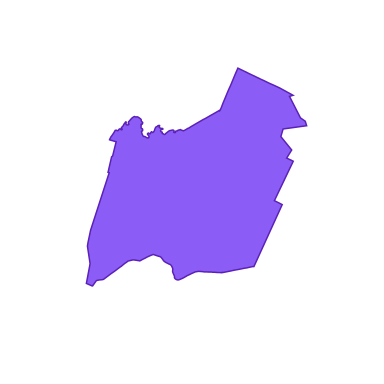 Purani, Teleorman, Romania (orthographic projection), rotated 139°
{"feature_id": "2599482B66350034268187", "entity_name": "Purani", "entity_type": "district", "adm_level": 2, "iso_a3": "ROU", "parent_name": "Romania", "parent_adm1": "Teleorman", "projection": "orthographic", "projection_center": [25.428, 44.372], "detail": "fine", "context": "isolated", "style": "filled", "palette": "violet", "viewbox_px": 384, "rotation_deg": 139, "n_neighbors": 0, "source": "geoboundaries", "source_scale": "gbopen_adm2", "svg_char_len": 5815}
<svg xmlns="http://www.w3.org/2000/svg" viewBox="0 0 384 384"><g transform="rotate(139 192 192)"><path d="M57.6,213.1L60.7,220.0L62.1,222.9L64.7,229.0L66.0,231.8L71.3,244.1L74.3,251.2L74.9,252.6L76.1,255.4L78.6,254.2L81.8,252.7L93.2,247.0L95.5,246.0L99.1,244.3L104.5,241.6L106.5,240.6L109.8,239.0L114.7,236.4L116.8,235.4L117.1,235.3L117.6,235.2L117.9,235.2L117.7,235.6L119.9,236.0L127.8,237.6L134.5,238.9L135.7,239.3L141.5,240.4L143.0,240.7L151.0,242.2L152.2,242.3L153.1,242.6L153.7,242.8L153.8,242.9L154.2,242.9L154.4,242.9L155.0,243.0L157.5,243.5L158.5,243.9L158.6,244.4L158.8,244.7L159.5,245.6L159.6,245.8L159.6,246.5L159.8,246.7L161.4,247.4L161.7,247.7L161.9,247.8L162.2,247.8L162.7,247.7L162.9,247.7L163.2,247.9L163.7,248.3L164.2,248.5L164.6,248.6L164.8,248.4L165.0,248.1L165.3,247.9L165.6,247.9L165.8,247.9L166.2,248.3L166.5,248.6L166.6,248.8L166.6,249.1L165.7,249.7L165.5,249.9L165.4,250.1L165.4,250.4L165.4,250.7L165.5,251.0L165.8,251.3L166.1,251.6L167.4,252.3L168.7,253.0L169.0,253.1L169.5,253.2L171.0,253.3L172.5,253.3L173.0,253.4L173.5,253.4L174.0,253.3L174.4,253.2L174.8,253.3L175.1,253.5L175.3,253.8L175.4,254.2L175.5,254.8L176.0,255.5L176.0,255.8L175.7,256.1L175.3,256.6L175.3,256.8L175.3,257.0L175.7,257.5L175.8,257.9L175.8,258.2L175.7,258.6L175.5,258.8L175.2,259.1L174.8,259.3L174.4,259.2L174.0,259.2L173.6,259.0L173.2,258.6L172.9,258.5L172.7,258.6L172.5,258.9L172.6,259.2L172.7,259.5L172.9,259.7L173.1,259.9L173.5,260.1L173.7,260.4L173.9,260.6L174.0,260.8L174.1,261.1L174.1,261.8L174.3,262.4L174.2,262.6L173.1,263.1L172.9,263.3L172.9,263.5L173.0,263.7L173.2,263.9L173.8,264.2L174.0,264.3L174.4,264.4L175.6,264.4L176.2,264.6L177.0,264.7L178.2,264.1L178.9,263.8L179.6,263.3L180.1,263.0L181.4,262.6L181.9,262.5L182.2,262.5L182.5,262.6L182.7,262.8L182.8,263.5L182.9,263.9L183.0,264.0L183.3,264.0L183.8,264.0L184.1,263.9L184.9,263.4L185.1,263.4L185.3,263.4L185.5,263.4L185.7,263.6L186.0,264.8L186.1,265.0L186.5,265.2L187.2,265.2L187.4,265.1L187.6,265.0L187.7,264.8L187.8,264.6L187.8,264.4L187.8,263.9L187.8,263.2L187.9,262.7L187.9,262.3L188.1,262.1L188.3,261.8L188.5,261.7L188.9,261.5L189.1,261.4L189.4,261.5L189.7,261.6L190.0,261.9L190.3,262.4L190.5,262.7L190.9,264.0L191.3,265.0L192.0,265.5L192.1,265.9L192.2,266.2L192.1,266.6L191.9,267.4L191.7,268.2L191.2,269.4L190.6,270.6L190.4,270.8L190.2,270.9L189.8,270.9L189.6,270.7L189.3,270.6L189.1,270.7L188.5,271.1L188.3,271.4L188.3,271.6L188.0,272.1L188.0,272.3L188.0,272.5L188.3,273.0L188.4,273.3L188.3,273.8L188.2,273.9L188.0,274.2L187.8,274.6L187.7,274.7L187.1,275.1L186.9,275.3L186.5,275.9L186.3,276.2L186.2,276.4L185.7,276.5L185.4,276.4L185.1,275.9L184.9,275.9L184.7,276.0L184.3,276.2L183.9,276.5L183.7,276.7L183.6,276.9L183.6,277.2L183.7,277.8L183.7,278.3L183.6,278.9L183.1,279.7L182.8,280.2L182.8,280.8L183.0,281.6L183.2,282.7L183.3,283.1L183.5,283.4L183.6,284.1L183.8,284.4L184.1,284.7L184.4,285.0L184.8,285.1L185.2,285.5L185.9,286.7L186.0,286.8L186.4,286.9L187.4,287.1L189.1,287.2L189.9,287.1L191.3,286.9L192.5,286.7L193.7,286.6L194.0,286.5L194.6,286.1L194.9,285.7L195.0,285.5L195.0,284.8L195.1,284.7L195.4,284.4L195.6,284.4L195.9,284.5L196.6,284.9L197.0,285.3L197.2,285.5L197.3,285.7L197.4,285.9L197.3,286.2L197.2,286.6L197.0,286.9L196.1,287.6L195.9,287.8L195.8,288.0L195.9,288.3L196.0,288.4L196.3,288.4L196.8,288.3L197.8,288.0L198.7,287.9L199.4,287.7L200.0,287.3L200.3,287.2L200.8,287.1L201.7,287.1L202.5,286.9L203.0,286.8L203.4,286.7L203.6,286.6L203.6,286.3L203.4,285.8L203.4,285.6L203.5,285.4L203.6,285.2L203.8,285.1L204.0,285.0L204.3,285.1L204.4,285.3L204.6,285.5L204.7,286.0L204.8,286.5L205.0,286.8L205.2,287.0L205.4,287.2L205.7,287.2L206.0,287.2L207.0,286.9L207.3,286.9L207.7,286.9L207.9,287.0L208.0,287.2L208.2,287.5L208.4,288.0L208.6,288.3L208.9,288.5L209.3,288.8L209.5,288.9L211.8,288.1L212.5,287.9L215.5,287.1L216.6,286.9L217.3,286.7L219.0,286.0L219.8,285.7L220.0,285.5L218.6,283.2L218.3,283.0L218.2,282.7L217.2,281.1L216.3,279.7L228.2,271.3L229.6,271.3L242.5,261.9L241.8,260.9L260.9,249.4L293.6,229.7L303.5,222.2L306.4,219.8L315.8,205.0L317.9,203.2L331.7,192.3L329.0,186.6L328.5,186.7L328.3,186.4L323.8,187.5L322.6,187.8L322.1,187.8L322.0,187.7L321.4,187.4L319.9,186.6L317.4,184.8L316.3,184.2L316.0,184.1L314.4,184.0L307.0,183.5L302.5,183.0L295.2,182.5L294.1,182.3L293.1,182.3L292.2,182.3L289.4,182.2L287.4,181.9L286.3,181.9L285.9,181.9L285.5,181.8L285.1,181.6L284.0,181.0L281.1,179.5L280.8,179.2L280.2,178.6L278.0,176.0L277.3,175.2L276.9,174.6L276.7,174.4L276.4,174.2L276.1,174.1L273.2,173.5L271.1,172.9L268.3,172.3L265.7,171.5L264.4,171.1L263.1,170.6L262.6,170.5L262.4,170.4L262.2,170.2L259.6,165.8L259.3,165.4L259.0,164.8L258.6,164.4L258.4,164.0L258.3,163.5L258.2,162.7L258.3,160.9L258.4,160.1L258.5,159.0L258.5,158.0L258.4,157.5L258.1,156.5L257.8,155.5L257.3,154.4L256.7,152.8L256.0,151.5L255.9,151.2L255.9,150.6L255.9,150.0L256.1,149.0L256.4,148.0L256.6,147.3L256.7,147.0L257.2,146.3L257.7,145.8L258.6,145.0L259.1,144.2L259.5,143.1L259.8,142.2L260.3,140.5L260.4,140.1L260.6,139.8L261.3,139.1L261.5,138.6L261.6,138.2L261.6,137.4L261.4,136.5L261.1,135.9L260.6,135.2L260.1,134.7L259.6,134.4L258.9,134.1L256.5,133.3L255.1,132.9L253.7,132.6L251.6,132.2L250.3,132.0L248.1,131.3L247.2,131.1L246.0,130.8L244.1,130.2L243.1,129.9L242.4,129.7L241.8,129.5L241.2,129.1L239.4,128.0L239.0,127.7L236.5,125.2L235.2,123.7L233.6,122.3L232.4,121.1L229.7,118.7L229.0,117.8L228.3,117.2L227.8,116.8L226.0,114.9L224.7,113.7L223.9,113.0L223.4,112.4L222.5,111.7L222.1,111.5L222.2,111.4L221.4,110.9L215.3,107.4L213.1,106.2L210.6,104.8L208.3,103.4L204.1,101.0L202.3,100.0L201.1,99.2L200.3,98.7L199.3,98.2L197.3,97.1L195.3,96.0L194.7,95.5L194.2,95.1L132.2,123.3L135.5,131.4L95.4,148.8L98.3,155.5L89.2,158.3L88.6,175.5L81.9,179.8L62.0,166.8L60.1,171.1L61.5,176.8L55.7,200.2L52.3,198.7L57.6,213.1Z" fill="#8b5cf6" stroke="#5b21b6" stroke-width="1.5"/></g></svg>